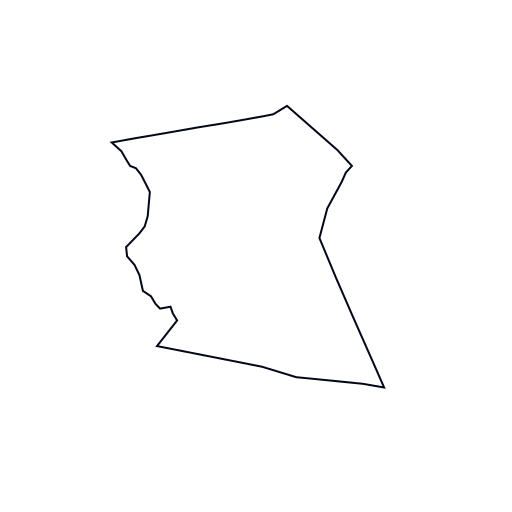 Uruburetama, Ceará, Brazil (Equal Earth projection), rotated 42°
{"feature_id": "56859067B57061783271983", "entity_name": "Uruburetama", "entity_type": "district", "adm_level": 2, "iso_a3": "BRA", "parent_name": "Brazil", "parent_adm1": "Ceará", "projection": "equal_earth", "projection_center": [-39.531, -3.622], "detail": "fine", "context": "isolated", "style": "outline", "palette": "ink", "viewbox_px": 512, "rotation_deg": 42, "n_neighbors": 0, "source": "geoboundaries", "source_scale": "gbopen_adm2", "svg_char_len": 736}
<svg xmlns="http://www.w3.org/2000/svg" viewBox="0 0 512 512"><g transform="rotate(42 256 256)"><path d="M242.7,389.2L334.5,334.3L366.9,319.2L420.9,279.5L439.2,268.0L417.3,258.1L368.7,236.3L353.6,229.4L330.3,218.8L291.1,200.2L277.1,172.9L270.2,143.9L266.9,133.8L267.0,124.9L245.6,122.8L178.6,123.7L174.0,139.1L168.5,146.5L143.7,178.3L127.4,198.5L108.7,222.4L94.9,239.9L88.2,248.3L72.8,268.2L85.9,268.2L94.7,271.1L102.2,273.3L108.0,271.1L116.2,272.5L126.4,276.4L134.3,279.5L140.4,287.6L148.9,298.9L153.5,308.5L154.2,317.4L153.8,327.9L153.5,336.3L160.4,342.5L171.7,343.9L182.2,348.2L195.3,357.6L204.9,356.2L213.3,358.8L219.9,359.3L226.4,350.9L232.6,354.3L240.5,356.7L242.7,389.2Z" fill="none" stroke="#020617" stroke-width="2"/></g></svg>